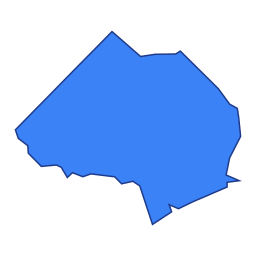 the district of Jackson, Georgia, United States of America
{"feature_id": "52423323B52261758967223", "entity_name": "Jackson", "entity_type": "district", "adm_level": 2, "iso_a3": "USA", "parent_name": "United States of America", "parent_adm1": "Georgia", "projection": "robinson", "projection_center": [-83.574, 34.131], "detail": "fine", "context": "isolated", "style": "filled", "palette": "blue", "viewbox_px": 256, "rotation_deg": 0, "n_neighbors": 0, "source": "geoboundaries", "source_scale": "gbopen_adm2", "svg_char_len": 587}
<svg xmlns="http://www.w3.org/2000/svg" viewBox="0 0 256 256"><path d="M112.0,31.6L92.8,51.1L74.7,69.4L45.7,99.0L37.0,107.8L15.4,129.8L18.3,138.4L27.8,145.7L28.3,153.2L41.3,166.4L56.4,165.0L61.3,167.3L67.3,177.5L72.5,172.7L82.9,176.7L90.9,173.9L114.7,176.8L121.6,183.8L132.9,181.3L139.8,185.9L152.5,224.4L171.6,211.8L169.2,204.7L178.5,208.7L193.2,201.6L227.1,187.0L227.1,182.3L239.2,180.7L226.1,175.0L229.6,157.9L240.6,136.4L238.7,117.6L237.3,108.4L229.7,104.2L218.4,88.8L180.3,51.1L175.7,54.0L155.1,54.3L140.6,56.5L112.0,31.6Z" fill="#3b82f6" stroke="#1e3a8a" stroke-width="1.5"/></svg>